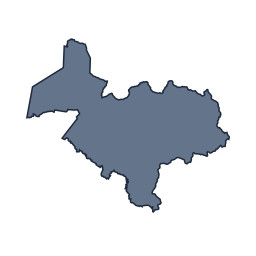 outline of Trojes, El Paraíso, Honduras, rotated 9°
{"feature_id": "27666195B23836678424083", "entity_name": "Trojes", "entity_type": "district", "adm_level": 2, "iso_a3": "HND", "parent_name": "Honduras", "parent_adm1": "El Paraíso", "projection": "albers", "projection_center": [-85.831, 14.051], "detail": "fine", "context": "isolated", "style": "filled", "palette": "slate", "viewbox_px": 256, "rotation_deg": 9, "n_neighbors": 0, "source": "geoboundaries", "source_scale": "gbopen_adm2", "svg_char_len": 5862}
<svg xmlns="http://www.w3.org/2000/svg" viewBox="0 0 256 256"><g transform="rotate(9 128 128)"><path d="M26.5,133.7L28.3,133.1L29.4,133.2L29.8,132.8L30.6,132.6L31.1,131.5L32.7,131.2L33.0,130.2L32.1,129.0L32.5,128.8L34.6,129.6L35.6,130.8L38.1,130.7L38.5,130.2L38.5,129.2L40.2,127.9L41.7,126.1L42.1,125.9L42.6,126.0L44.2,125.1L45.3,124.9L46.1,124.2L46.6,124.3L47.8,123.7L48.3,123.9L49.1,123.4L50.6,123.3L51.3,123.6L51.9,123.5L52.0,123.8L52.5,123.9L52.8,121.7L64.4,121.7L64.7,121.1L65.5,120.5L65.7,119.8L65.6,119.2L72.1,118.7L75.3,117.9L78.0,121.6L75.4,125.0L76.4,126.7L64.5,148.4L66.0,149.0L67.5,149.2L68.7,147.5L69.7,147.5L70.8,148.0L70.8,149.3L71.1,149.8L72.5,150.4L73.2,150.0L73.7,150.6L73.3,151.2L73.6,151.7L75.6,151.9L75.8,152.5L78.4,154.7L78.5,155.4L79.3,156.9L80.4,157.1L80.9,157.6L80.7,158.8L81.1,159.6L83.4,159.1L83.6,157.6L84.0,158.2L84.6,157.7L85.2,158.1L86.2,158.2L86.2,158.8L87.4,160.1L88.1,160.4L88.8,159.9L89.6,160.1L89.7,160.9L90.4,160.7L91.0,161.1L91.3,161.7L90.6,162.2L91.7,163.3L91.7,164.2L93.0,164.6L93.6,164.4L93.8,164.1L94.8,164.5L95.3,164.2L96.7,166.0L97.2,165.6L97.6,166.6L101.8,168.0L102.2,168.3L102.2,169.2L105.2,170.7L105.8,170.3L106.6,171.3L107.2,170.9L107.6,169.3L107.9,169.2L108.9,170.1L109.4,172.6L109.8,173.1L108.7,176.9L109.0,178.9L109.7,179.7L110.9,179.5L111.4,180.2L113.0,180.2L113.4,180.8L114.2,181.0L114.9,181.6L115.6,180.7L116.7,181.4L116.9,180.9L116.6,180.3L117.1,179.8L118.1,177.9L117.5,177.8L116.9,177.2L117.0,176.8L117.5,176.3L117.7,175.8L118.6,175.1L118.3,173.8L119.8,173.6L120.7,171.9L121.8,173.3L122.4,173.2L122.8,173.5L124.0,173.5L125.1,174.7L125.9,174.4L126.4,174.8L126.8,174.4L127.8,175.1L129.2,175.0L130.0,175.4L130.8,175.1L131.3,175.4L131.7,176.2L132.9,176.2L133.5,176.9L133.9,177.7L135.9,178.9L135.7,179.2L134.3,179.0L134.7,180.4L135.4,180.8L136.5,180.7L136.7,181.0L136.6,181.5L135.4,181.9L136.2,182.5L136.1,183.5L135.7,183.8L135.2,183.6L134.8,184.1L134.9,184.5L135.8,184.8L136.0,185.2L135.8,186.1L135.0,186.1L135.1,186.5L136.0,186.7L136.3,187.0L135.5,187.3L134.8,187.9L134.7,188.3L135.8,188.3L136.4,189.1L136.1,189.6L136.2,190.5L137.0,191.3L137.8,191.7L137.9,192.1L139.9,193.4L139.9,194.0L139.3,194.8L139.5,195.3L140.0,195.5L139.9,197.6L140.1,197.9L141.9,197.7L141.9,198.2L141.6,198.4L141.6,198.9L142.4,201.0L143.1,201.3L144.4,200.9L145.7,201.9L146.9,202.3L147.6,203.1L149.9,203.5L150.7,203.3L151.5,203.7L152.3,202.8L154.3,203.6L154.4,203.0L155.0,202.4L159.0,201.3L160.9,201.3L162.5,202.4L163.3,202.6L163.7,203.2L164.3,202.4L164.8,202.2L164.7,203.8L165.4,205.6L165.5,206.5L166.0,207.0L166.5,206.5L167.6,204.4L168.6,204.3L170.5,203.7L170.9,203.3L170.9,202.0L169.7,200.7L169.5,199.6L169.8,199.2L171.8,198.0L172.4,196.8L171.4,195.1L171.2,194.0L170.8,193.4L166.7,191.0L165.0,189.0L162.3,189.0L161.9,187.9L162.5,185.5L163.6,183.7L164.4,181.8L164.5,181.1L164.0,178.8L165.2,176.3L164.9,174.1L165.9,172.3L165.8,168.8L164.0,164.7L164.5,163.8L165.7,162.5L165.7,161.6L165.1,160.4L165.6,158.3L166.3,157.9L169.5,157.2L171.6,157.8L173.0,157.4L174.2,156.1L175.6,155.2L175.6,153.6L176.0,153.1L178.7,151.8L181.0,149.6L181.7,149.3L182.8,149.3L188.5,150.6L190.0,153.7L191.8,154.2L193.6,152.3L194.2,152.0L194.8,152.2L195.2,152.0L195.6,149.7L195.2,147.6L196.5,145.4L196.0,143.3L196.2,142.6L196.7,142.2L197.3,142.2L198.2,143.0L201.3,142.6L202.8,142.6L203.7,143.0L205.2,142.4L207.2,143.0L208.4,143.0L209.9,143.6L210.4,143.5L210.8,143.1L210.9,142.5L210.2,140.8L210.1,139.5L210.3,139.1L211.4,139.0L212.5,139.8L213.4,139.8L214.6,139.1L215.8,137.7L217.6,137.2L218.0,136.6L218.4,135.2L219.5,134.8L222.2,130.6L222.6,130.7L223.3,131.8L223.9,132.2L225.2,131.2L226.8,131.0L226.7,128.7L226.9,127.1L226.4,125.5L227.9,123.3L228.6,123.2L229.3,123.5L229.5,121.1L227.0,118.5L226.5,116.9L224.4,117.7L224.1,118.1L223.5,117.6L223.3,117.1L222.8,117.1L221.3,116.3L220.6,115.0L218.8,114.1L218.5,113.3L217.1,113.6L215.6,112.3L215.2,111.0L215.9,108.8L215.4,107.0L216.1,105.6L216.2,103.8L216.0,103.2L217.2,102.8L217.2,101.5L217.5,101.1L217.1,100.6L217.5,100.0L217.1,98.6L215.3,96.9L214.7,93.6L213.7,92.7L213.4,90.6L212.5,89.0L210.3,87.7L208.7,87.4L207.3,86.7L206.1,86.6L205.6,85.6L205.6,84.2L205.3,83.0L201.4,79.6L201.0,77.9L200.6,77.6L199.8,77.8L199.3,79.1L197.5,80.5L197.6,81.7L198.6,82.9L198.5,83.2L197.2,84.4L196.1,84.8L194.3,83.5L193.1,83.5L191.4,83.1L188.6,80.7L186.5,81.5L183.5,80.4L182.6,81.1L181.8,81.0L179.6,78.2L178.7,78.5L176.7,78.4L176.0,78.8L175.1,78.5L173.1,79.8L171.8,79.7L170.7,80.2L169.3,79.2L167.4,78.8L166.0,78.2L165.2,77.2L165.2,75.7L164.4,74.8L163.7,74.5L161.3,75.2L160.6,76.0L160.4,76.6L160.6,77.6L159.6,79.9L159.7,80.8L158.2,82.2L158.2,83.1L156.6,86.5L157.1,87.4L156.5,88.3L155.4,88.7L153.9,88.2L153.1,88.8L150.9,88.9L146.5,88.2L145.3,87.0L144.6,86.8L144.0,85.4L144.0,84.6L141.1,81.9L140.7,81.4L140.7,80.2L139.9,79.6L139.0,79.3L137.6,79.9L136.0,79.9L134.8,81.2L134.1,80.9L132.8,81.9L132.6,82.3L132.8,83.2L131.7,83.6L131.4,84.8L130.2,85.1L129.3,85.7L127.9,85.9L126.7,86.7L125.7,86.7L124.1,88.0L123.9,88.8L122.7,90.2L122.9,91.4L123.3,92.0L123.7,92.2L123.9,93.6L123.9,94.5L123.3,96.4L122.3,98.1L120.7,98.9L118.8,100.5L116.4,100.8L115.0,101.6L112.2,101.2L110.9,100.6L108.1,98.3L107.4,97.5L107.1,96.6L106.4,96.3L104.1,97.6L103.3,98.8L102.5,99.2L102.0,100.1L99.5,101.0L97.7,102.2L97.4,101.7L97.2,100.8L96.7,100.2L97.1,99.3L96.3,98.2L97.5,96.3L97.0,94.8L97.7,93.3L97.7,92.4L98.7,91.8L98.7,90.7L99.6,89.9L99.9,89.3L99.8,87.4L100.3,86.5L100.2,84.9L98.0,85.5L97.4,84.8L95.9,84.3L92.6,84.0L90.8,83.1L89.0,83.0L87.6,82.4L85.5,82.1L84.0,80.9L81.7,79.5L79.9,64.9L74.8,57.6L74.5,55.5L73.0,52.6L72.4,51.9L71.4,52.1L69.9,51.4L67.3,51.9L66.3,51.7L65.5,51.1L64.0,50.6L63.4,50.8L61.6,50.5L61.0,49.2L59.2,49.5L58.8,49.0L58.4,49.3L57.8,49.1L57.4,49.8L55.5,50.9L54.9,51.6L54.7,52.2L55.1,53.6L54.7,54.9L55.0,55.5L54.6,56.0L55.5,56.8L55.4,57.3L55.0,57.5L52.2,57.0L54.7,78.5L27.3,102.3L26.5,133.7Z" fill="#64748b" stroke="#1e293b" stroke-width="1.5"/></g></svg>